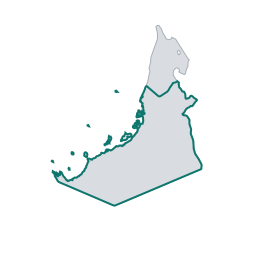 location of Abu Dhabi within United Arab Emirates, rotated 329°
{"feature_id": "ARE-349", "entity_name": "Abu Dhabi", "entity_type": "Emirate", "adm_level": 1, "iso_a3": "ARE", "parent_name": "United Arab Emirates", "parent_adm1": "", "projection": "robinson", "projection_center": [53.623, 23.935], "detail": "fine", "context": "in_parent", "style": "outline", "palette": "teal", "viewbox_px": 256, "rotation_deg": 329, "n_neighbors": 0, "source": "natural_earth", "source_scale": "10m", "svg_char_len": 8117}
<svg xmlns="http://www.w3.org/2000/svg" viewBox="0 0 256 256"><g transform="rotate(329 128 128)"><path d="M212.2,72.8L214.6,76.2L215.1,99.5L215.6,101.2L214.4,101.4L212.9,103.2L211.3,105.9L209.0,107.3L207.2,108.9L205.4,110.9L203.9,111.3L201.9,108.8L200.5,106.3L200.8,105.7L201.8,105.5L202.1,104.2L201.5,102.3L200.2,101.5L198.5,101.5L196.8,102.3L195.1,104.0L194.1,105.9L194.0,109.5L194.5,113.7L194.4,115.7L193.5,118.2L193.2,121.8L193.9,124.7L194.5,126.4L194.6,127.8L192.9,132.3L194.4,133.2L199.1,133.5L200.4,136.5L201.4,138.6L201.1,139.9L197.8,140.8L193.6,141.8L190.6,141.5L185.2,142.9L182.3,145.1L183.2,146.4L184.2,147.4L184.7,150.2L183.8,154.2L182.3,158.1L180.4,162.9L178.2,168.5L175.2,176.8L172.7,183.4L172.4,188.1L172.5,191.2L172.2,197.4L169.8,200.7L169.2,200.8L166.3,200.4L165.3,200.3L162.6,199.9L158.3,199.3L152.7,198.5L146.1,197.6L138.8,196.5L130.9,195.4L122.8,194.3L114.7,193.1L106.8,192.0L99.4,191.0L92.8,190.0L87.3,189.3L83.0,188.7L80.2,188.3L79.3,188.1L76.2,187.7L74.5,185.4L72.5,182.6L70.5,179.9L68.5,177.1L66.5,174.3L64.5,171.6L62.5,168.8L60.5,166.0L58.5,163.2L56.5,160.5L54.5,157.7L52.5,154.9L50.5,152.2L48.5,149.4L46.6,146.6L44.6,143.9L42.6,141.1L41.2,139.2L40.5,137.1L40.4,131.7L40.4,130.5L41.7,128.3L42.4,129.8L43.9,132.0L46.4,131.5L47.6,131.8L48.5,139.4L50.3,142.1L52.6,143.2L60.4,143.8L65.2,142.8L74.7,137.8L79.7,136.0L93.4,136.3L104.5,138.4L121.7,139.6L125.0,139.3L134.2,135.3L139.9,131.8L143.3,130.8L145.5,127.4L147.0,123.0L148.3,120.1L150.0,118.7L151.5,116.3L152.8,112.3L156.0,108.3L168.7,98.5L176.2,90.3L176.8,87.6L180.9,83.6L184.1,79.2L199.2,66.7L202.2,61.6L204.0,55.8L204.2,55.4L205.5,55.1L207.3,56.0L207.6,60.3L206.9,64.4L206.9,68.7L206.6,71.1L208.0,73.0L210.4,73.8L211.5,73.7L212.2,72.8ZM211.7,90.3L211.9,88.5L211.5,87.6L210.0,87.4L209.3,89.0L209.1,91.3L210.2,91.5L211.7,90.3ZM126.2,135.1L126.2,136.5L122.5,136.1L121.6,136.8L118.5,136.4L115.6,135.4L117.6,133.7L122.8,131.6L125.0,133.5L126.2,135.1ZM104.6,131.6L101.9,131.9L99.4,130.3L104.6,128.1L106.0,127.2L107.5,125.2L108.7,126.9L107.4,129.5L106.4,130.7L104.6,131.6ZM145.8,123.8L145.5,124.7L144.4,124.6L141.9,123.8L141.0,122.7L142.6,121.2L143.3,121.2L144.4,122.7L145.8,123.8ZM78.5,130.4L77.9,130.7L77.3,128.4L77.3,127.7L79.0,126.6L80.0,128.5L78.5,130.4Z" fill="#d9dde1" stroke="#a8b0b8" stroke-width="1"/><path d="M194.3,113.3L194.8,114.5L195.0,115.4L194.0,116.4L193.7,117.8L193.2,118.4L192.9,119.0L192.9,119.8L193.4,121.6L193.3,123.9L193.4,124.6L193.6,124.9L194.4,125.4L194.7,125.8L194.7,126.1L194.6,128.2L194.4,128.8L193.0,131.4L192.7,132.2L192.8,132.8L193.2,133.1L195.5,133.6L196.1,133.6L198.1,132.7L199.2,133.2L199.8,134.8L200.2,136.5L201.6,139.1L201.2,139.8L198.9,140.4L194.7,142.3L194.0,142.2L193.0,141.4L192.4,141.5L191.8,141.7L191.2,141.8L190.0,141.5L188.8,141.5L187.8,141.7L186.8,142.1L185.0,143.2L183.5,143.8L181.9,144.1L181.8,144.7L182.1,145.5L182.7,146.1L184.0,146.9L184.6,147.9L184.8,149.1L184.9,152.3L184.8,152.9L183.1,155.5L182.7,156.3L181.5,161.5L181.0,162.3L179.7,163.9L179.0,165.0L178.6,166.4L177.9,170.6L177.1,173.2L173.6,179.7L172.5,183.8L172.3,185.0L172.6,191.2L172.2,197.4L169.8,200.8L169.3,200.9L77.2,187.8L76.3,187.4L75.6,186.8L41.3,139.3L40.7,138.3L40.5,137.2L40.6,133.4L40.4,131.7L41.2,130.5L41.2,128.7L40.6,127.2L41.3,126.3L41.6,127.0L42.4,128.2L42.6,129.0L42.5,131.5L42.8,133.0L43.3,133.3L43.8,132.7L44.2,130.8L44.4,131.3L44.8,132.6L45.0,133.1L45.5,133.2L45.8,133.1L46.0,132.9L46.1,132.7L45.9,132.6L46.6,130.8L47.3,130.3L48.1,131.5L48.2,132.4L47.8,135.1L47.8,136.1L48.3,138.2L48.3,140.1L48.3,140.5L48.7,141.4L48.7,141.8L49.1,142.5L50.0,142.8L51.8,142.8L52.2,143.0L52.5,143.2L53.5,144.1L53.8,143.9L53.6,143.5L53.6,143.1L54.3,143.0L56.4,143.1L56.7,143.0L56.9,143.1L57.4,143.5L58.5,144.1L60.3,143.8L61.0,144.0L61.3,143.8L61.7,144.0L62.3,143.7L64.2,143.7L64.8,143.4L66.2,142.5L66.8,142.4L68.0,142.4L68.5,142.2L69.8,141.0L70.9,140.7L71.6,140.3L72.2,139.9L72.7,139.0L73.8,138.5L75.5,137.0L76.1,136.6L76.6,136.4L77.0,136.1L77.2,134.1L77.9,133.7L78.6,134.0L79.2,134.5L80.5,136.4L80.9,136.6L81.1,136.3L81.5,136.1L82.3,136.2L83.8,136.6L84.6,136.7L85.0,136.7L86.2,136.1L86.6,136.1L87.4,136.4L90.5,136.7L92.2,136.1L92.4,136.0L92.5,135.6L92.9,135.7L93.2,136.1L94.2,137.1L94.9,137.4L96.4,136.7L97.1,137.0L97.8,137.4L98.4,137.3L97.9,137.0L97.8,136.6L97.7,135.6L98.5,135.4L99.4,135.8L100.3,136.6L100.9,137.3L101.4,138.2L101.7,138.4L103.7,138.5L108.4,137.5L108.7,137.5L109.0,137.7L109.5,138.3L109.9,138.6L110.4,138.7L111.0,138.7L111.4,138.5L112.0,139.0L112.8,139.3L113.4,140.3L113.6,140.5L113.9,140.6L114.7,140.5L115.4,140.2L116.4,140.5L118.0,139.6L119.1,139.9L123.5,139.9L124.5,139.8L124.9,139.5L127.1,138.2L129.4,137.8L130.1,137.4L130.9,137.2L131.8,136.7L133.3,136.4L134.5,135.6L135.1,134.9L135.3,134.3L135.7,134.0L138.1,133.2L140.0,131.7L140.3,131.6L140.6,131.1L141.3,131.2L142.8,131.8L143.1,131.3L144.4,130.2L145.1,129.2L146.5,126.1L146.3,125.1L146.4,124.6L147.0,124.3L146.5,124.0L146.5,123.7L147.1,123.7L148.0,124.2L148.5,124.3L148.3,123.7L147.7,123.0L147.5,122.5L149.2,123.2L149.5,123.7L149.8,123.7L149.6,122.6L149.0,122.2L148.0,122.2L147.0,121.9L144.9,120.4L144.0,120.2L144.0,119.9L144.5,119.8L144.9,119.5L145.3,119.0L145.5,119.7L145.8,119.9L145.7,119.5L145.8,119.1L146.3,118.5L146.5,118.5L146.8,119.6L147.5,120.8L148.4,121.5L149.3,121.4L148.5,120.8L148.9,120.8L149.7,121.0L150.0,121.1L150.5,120.3L150.6,120.2L152.0,117.3L151.4,117.0L151.1,116.6L151.3,116.3L151.9,116.2L152.2,115.9L152.4,115.3L152.6,114.7L153.2,114.4L153.2,114.1L152.9,113.9L152.5,112.4L152.7,112.1L152.1,111.6L152.2,110.9L152.6,110.5L154.0,109.5L154.3,108.8L154.6,108.6L155.7,109.2L156.3,109.1L156.8,108.7L157.0,108.1L156.5,107.5L160.4,105.0L162.2,103.6L163.3,102.6L164.0,102.0L165.4,101.6L165.7,102.0L170.2,115.6L170.6,116.5L171.1,117.1L171.8,117.3L172.5,117.4L180.2,117.1L181.2,116.8L182.3,116.4L184.8,114.9L188.8,113.2L189.6,112.6L192.4,113.4L193.9,113.4L194.3,113.3ZM117.4,135.9L115.7,135.8L115.3,135.6L115.3,135.3L115.9,134.7L116.3,134.4L117.6,133.8L118.3,133.2L118.8,132.8L119.4,132.6L119.7,132.7L120.5,133.0L120.8,132.8L121.6,132.1L123.0,131.4L123.3,130.9L123.5,131.5L123.3,131.8L123.9,132.6L124.9,133.4L126.2,133.6L127.2,134.1L127.6,135.3L127.1,136.2L126.0,136.7L124.7,136.6L123.6,136.1L123.7,135.7L123.4,135.2L122.9,135.1L122.6,135.9L122.8,136.1L121.9,136.8L120.7,137.1L119.5,136.9L117.4,135.9ZM104.2,131.5L103.7,130.8L103.2,130.7L102.5,130.4L102.2,131.0L100.3,130.7L99.3,130.9L99.2,130.7L99.2,130.4L99.4,129.9L99.5,129.8L100.9,130.1L101.3,130.0L102.2,129.5L102.6,129.2L104.5,128.4L104.8,128.4L105.1,129.0L105.5,129.2L105.8,129.1L105.9,128.6L105.9,128.2L105.6,127.7L107.0,125.6L107.6,125.1L107.9,126.0L108.7,126.5L108.5,128.1L108.0,128.7L106.6,129.4L105.9,129.8L105.1,130.0L104.5,130.4L104.5,130.8L104.2,131.5ZM76.4,128.8L77.5,127.3L78.3,126.8L79.2,127.1L79.6,127.7L79.8,128.8L79.7,129.5L78.9,130.6L77.6,131.9L77.2,131.3L76.3,129.6L76.4,128.8ZM144.5,124.6L141.0,123.4L141.0,122.7L142.5,121.3L143.0,120.5L143.3,120.5L143.0,121.4L143.3,122.1L143.9,122.7L145.3,123.4L145.9,124.1L146.0,124.6L145.5,124.8L144.5,124.6ZM135.8,133.0L135.4,132.2L134.7,131.8L133.7,131.6L133.0,131.1L132.6,130.0L133.1,129.1L133.8,128.7L134.3,129.2L135.7,130.8L136.1,131.9L135.8,133.0ZM138.6,130.1L138.2,130.4L137.6,130.7L137.2,130.7L136.9,130.5L136.3,129.8L135.5,129.2L135.4,129.0L135.6,128.3L135.8,127.9L136.3,127.6L136.8,127.4L137.3,127.4L138.0,128.8L138.8,129.8L138.6,130.1ZM67.4,119.8L68.2,120.4L68.4,121.4L68.0,122.2L67.5,122.5L67.0,122.2L66.4,121.6L66.4,121.0L67.0,120.0L67.4,119.8ZM140.7,126.8L141.1,127.2L141.1,127.8L140.7,129.0L140.1,129.3L139.1,127.5L139.0,127.2L139.3,127.1L139.7,127.2L140.2,127.5L140.2,127.4L140.1,127.1L139.6,126.7L139.5,126.3L140.0,126.3L140.7,126.8ZM136.5,89.7L137.2,90.0L137.5,91.5L137.1,91.2L136.6,91.2L136.0,90.5L136.5,89.7ZM56.3,131.9L56.7,131.7L57.0,132.2L56.9,132.5L57.0,132.6L56.7,133.2L56.4,133.7L55.9,133.3L56.0,133.0L56.0,132.5L56.3,131.9ZM94.7,104.8L95.4,104.9L95.5,105.6L95.4,106.5L95.1,106.2L94.8,105.6L94.6,105.1L94.7,104.8ZM46.1,116.9L46.5,117.2L46.6,117.6L46.3,118.7L46.1,118.5L46.1,117.9L46.2,117.7L46.0,117.4L45.9,117.5L45.7,117.5L45.6,117.1L45.9,116.9L46.1,116.9Z" fill="none" stroke="#0f766e" stroke-width="2"/></g></svg>